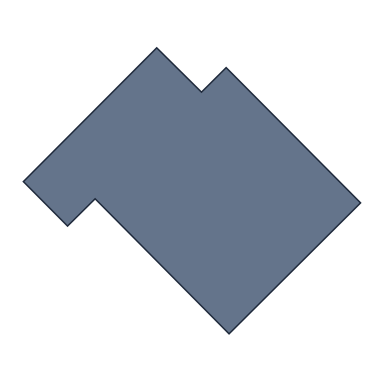 Ida, Iowa, United States of America, rotated 315°
{"feature_id": "52423323B51370966156719", "entity_name": "Ida", "entity_type": "district", "adm_level": 2, "iso_a3": "USA", "parent_name": "United States of America", "parent_adm1": "Iowa", "projection": "mercator", "projection_center": [-95.508, 42.386], "detail": "fine", "context": "isolated", "style": "filled", "palette": "slate", "viewbox_px": 384, "rotation_deg": 315, "n_neighbors": 0, "source": "geoboundaries", "source_scale": "gbopen_adm2", "svg_char_len": 275}
<svg xmlns="http://www.w3.org/2000/svg" viewBox="0 0 384 384"><g transform="rotate(315 192 192)"><path d="M303.5,318.9L304.1,128.2L269.3,128.1L269.0,65.1L80.1,65.4L79.9,128.1L118.7,128.3L117.9,318.5L303.5,318.9Z" fill="#64748b" stroke="#1e293b" stroke-width="1.5"/></g></svg>